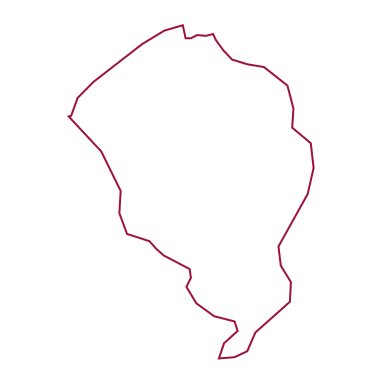 Glodeni, orthographic projection, rotated 89°
{"feature_id": "MDA-1621", "entity_name": "Glodeni", "entity_type": "District", "adm_level": 1, "iso_a3": "MDA", "parent_name": "Moldova", "parent_adm1": "", "projection": "orthographic", "projection_center": [27.543, 47.723], "detail": "fine", "context": "isolated", "style": "outline", "palette": "rose", "viewbox_px": 384, "rotation_deg": 89, "n_neighbors": 0, "source": "natural_earth", "source_scale": "10m", "svg_char_len": 705}
<svg xmlns="http://www.w3.org/2000/svg" viewBox="0 0 384 384"><g transform="rotate(89 192 192)"><path d="M114.3,314.0L113.7,311.5L95.9,304.7L80.1,288.5L43.2,239.2L30.2,216.9L25.1,198.3L38.2,195.7L38.3,190.4L35.2,184.2L36.1,175.2L34.4,168.2L40.6,165.4L50.9,158.2L60.3,149.6L65.3,134.3L68.3,117.9L87.3,94.7L110.3,89.1L129.4,90.7L145.3,72.4L170.2,70.0L196.1,76.4L248.0,106.5L267.2,104.5L283.8,94.7L303.4,96.0L333.6,131.1L352.1,139.5L357.9,152.3L358.9,168.0L343.8,162.6L331.7,148.8L322.2,151.7L316.6,172.0L303.4,189.6L286.8,199.2L277.7,194.6L269.0,195.7L254.9,221.5L248.0,228.9L240.5,235.3L232.8,257.7L211.9,265.0L189.7,263.3L149.9,282.0L114.3,314.0Z" fill="none" stroke="#9f1239" stroke-width="2"/></g></svg>